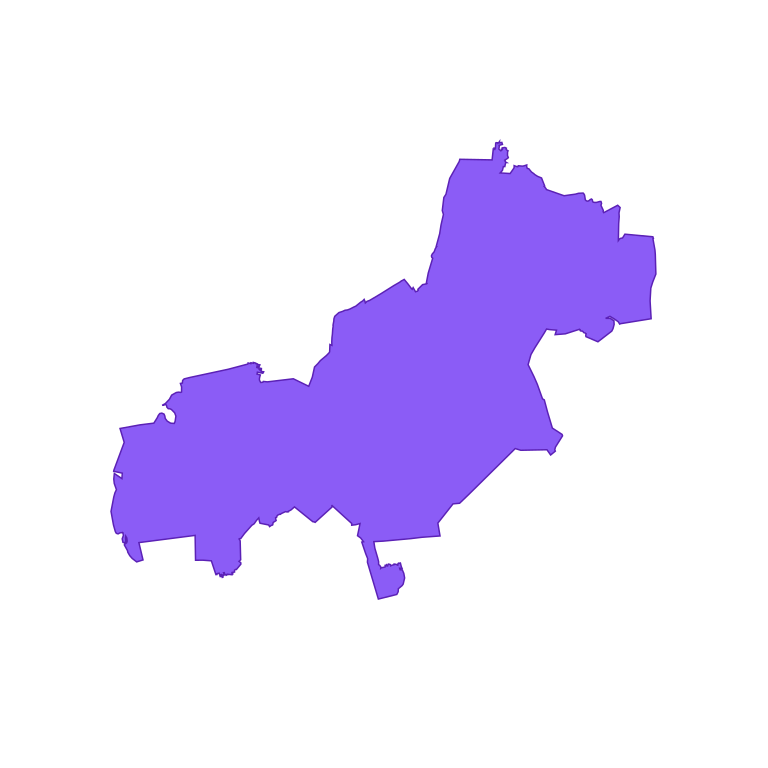 the district of Berriozábal, Chiapas, Mexico, rotated 256°
{"feature_id": "50627088B17025191151258", "entity_name": "Berriozábal", "entity_type": "district", "adm_level": 2, "iso_a3": "MEX", "parent_name": "Mexico", "parent_adm1": "Chiapas", "projection": "albers", "projection_center": [-93.318, 16.872], "detail": "fine", "context": "isolated", "style": "filled", "palette": "violet", "viewbox_px": 768, "rotation_deg": 256, "n_neighbors": 0, "source": "geoboundaries", "source_scale": "gbopen_adm2", "svg_char_len": 6111}
<svg xmlns="http://www.w3.org/2000/svg" viewBox="0 0 768 768"><g transform="rotate(256 384 384)"><path d="M583.7,511.9L581.8,510.9L567.6,497.5L553.1,490.0L550.5,487.2L538.2,482.5L534.2,482.7L524.5,477.8L516.4,474.4L504.8,467.9L504.6,468.3L503.0,466.6L500.2,464.7L498.4,462.2L496.8,461.0L495.4,461.0L494.3,461.7L481.0,453.8L471.3,449.3L471.1,449.9L470.9,449.7L471.1,445.5L467.7,439.8L466.7,439.9L466.0,438.9L465.9,436.9L470.5,435.6L469.1,434.3L470.2,433.6L475.4,431.4L480.6,428.9L479.8,426.1L479.9,425.9L479.0,423.9L477.2,417.6L472.4,403.0L468.6,390.3L468.3,387.5L467.2,385.5L469.1,385.5L470.9,385.2L469.7,383.4L469.0,381.1L466.3,375.3L466.1,373.8L465.0,369.1L464.7,366.4L465.0,364.0L464.5,361.5L464.2,357.5L463.4,356.0L461.6,352.6L459.4,351.2L457.2,350.5L453.3,348.7L452.8,348.8L449.6,347.5L444.9,346.0L441.8,344.8L437.5,343.5L434.1,342.8L435.4,341.1L428.6,339.1L427.8,338.6L425.6,335.1L422.1,327.9L419.8,324.8L417.3,320.7L408.0,316.1L400.0,310.4L411.0,297.3L414.3,271.3L415.7,267.5L415.0,266.9L415.3,264.7L417.8,264.1L419.0,264.3L420.6,265.0L422.7,266.2L424.3,263.2L426.1,264.0L423.8,268.9L424.0,269.5L425.0,270.2L425.8,268.1L428.0,266.8L427.4,268.4L428.7,268.8L430.8,264.6L432.2,265.2L431.2,267.1L432.6,268.2L433.8,265.7L434.3,265.8L434.9,264.5L435.3,264.6L436.5,262.5L435.7,262.3L436.8,260.0L436.0,259.7L437.3,257.2L436.3,256.7L436.0,236.4L437.3,197.3L437.3,191.3L436.2,189.5L433.7,188.6L433.8,186.6L430.1,186.9L425.2,185.6L425.0,184.8L425.8,182.7L426.0,180.4L424.6,175.3L421.1,172.1L417.9,167.1L417.0,163.6L416.7,165.1L417.0,166.4L416.7,167.4L415.6,167.8L414.1,167.7L412.2,168.7L411.7,170.4L410.6,171.6L406.7,173.9L403.2,174.3L398.3,172.3L396.5,170.9L397.6,167.5L400.4,164.7L403.5,163.4L405.9,163.6L408.0,163.3L409.5,161.4L409.6,159.3L408.1,157.4L406.2,155.9L401.7,151.2L403.4,137.3L404.7,117.1L390.2,117.8L365.8,101.1L364.7,100.6L360.8,108.5L355.6,106.8L362.4,100.7L357.1,98.8L352.7,98.2L346.2,98.8L343.5,96.6L339.8,94.5L326.4,88.3L312.7,87.4L306.0,87.6L304.2,88.0L303.4,88.8L302.9,89.8L303.4,91.7L303.3,93.3L303.0,93.9L303.2,94.4L302.9,94.7L300.1,94.5L297.1,92.5L293.5,92.4L293.0,93.1L292.9,94.3L293.6,95.3L297.7,96.1L298.9,96.6L296.8,97.2L293.6,96.8L292.1,95.8L291.8,95.0L292.1,95.2L291.7,94.7L291.5,93.7L290.7,93.1L284.3,94.8L282.7,94.7L278.9,95.8L275.6,97.5L271.2,101.0L271.6,107.6L289.4,107.8L282.8,164.1L258.6,158.5L256.8,165.8L254.2,173.7L239.7,174.8L239.6,175.7L240.4,175.6L240.3,178.3L236.8,178.5L236.6,179.4L238.5,179.2L238.5,180.1L235.5,180.3L235.7,181.2L237.8,181.0L237.4,181.8L237.6,181.8L237.4,182.7L239.7,182.6L239.6,183.4L237.3,183.6L237.2,184.5L236.6,184.6L236.8,185.4L237.1,185.5L236.9,186.3L237.2,186.3L235.7,190.4L236.2,190.6L236.2,191.3L237.3,191.5L237.4,190.8L237.9,190.9L237.7,193.5L239.5,193.9L240.0,195.4L239.7,195.9L243.8,201.5L245.2,201.8L247.0,200.4L248.1,202.4L266.6,206.5L268.7,205.9L268.9,206.3L268.7,207.6L272.7,212.5L278.9,221.6L279.8,224.2L282.5,227.3L284.4,230.1L280.7,229.9L278.9,230.0L275.1,238.0L273.3,238.5L274.1,240.5L274.1,241.6L274.3,242.0L275.8,242.6L276.5,243.1L277.5,246.1L277.8,246.4L278.8,246.2L280.6,246.5L280.6,247.5L282.0,248.4L282.5,249.2L282.7,250.4L282.9,250.9L282.6,252.0L283.1,252.9L284.0,257.5L283.3,259.0L283.2,259.8L283.4,259.7L284.3,263.3L286.4,267.4L267.6,281.6L267.1,282.9L266.4,283.7L277.2,303.8L278.6,304.0L279.2,303.8L256.5,318.9L254.8,318.5L254.3,322.6L254.4,327.0L243.2,321.6L240.4,324.0L235.9,326.0L236.0,324.2L223.7,325.2L218.5,325.9L215.1,324.8L176.7,326.5L176.7,345.5L179.0,347.5L181.9,348.4L184.0,352.8L185.2,354.2L190.8,357.1L195.5,357.4L199.2,356.8L199.9,354.7L201.5,354.6L200.8,356.9L202.7,356.6L206.3,356.6L206.2,355.8L206.7,355.2L206.5,354.4L205.8,354.0L205.8,353.7L204.9,353.5L206.2,351.9L206.9,350.2L206.5,350.0L206.3,350.2L206.2,347.4L205.9,346.6L207.3,346.4L208.1,345.1L208.2,344.7L207.4,343.9L206.6,343.5L207.0,342.4L208.0,342.6L207.6,341.5L207.7,341.2L206.3,340.9L206.2,340.2L206.3,336.7L206.0,336.2L207.4,336.6L209.1,335.9L210.1,335.1L212.9,335.8L216.6,335.8L226.9,335.4L233.5,336.0L231.7,345.4L227.5,372.5L226.1,383.7L223.0,401.6L236.0,402.6L251.0,422.0L250.0,428.5L256.2,439.3L289.6,495.7L286.6,500.7L280.8,526.2L274.8,528.5L277.4,534.0L278.9,533.8L281.3,535.1L290.5,544.7L292.0,544.6L300.5,536.7L317.4,535.9L329.8,535.7L331.3,534.2L346.6,532.7L354.9,531.3L367.9,528.5L377.0,533.7L382.6,539.1L394.8,551.9L398.0,555.0L396.7,557.9L394.5,564.4L390.5,562.0L388.8,572.1L389.8,587.0L389.1,587.5L388.5,587.2L388.0,587.5L387.2,589.4L386.8,589.7L385.5,590.3L384.9,591.4L383.8,592.3L382.7,591.6L381.1,591.4L373.2,601.8L380.2,617.8L382.3,619.6L386.1,621.7L389.7,622.4L392.9,619.4L394.1,614.9L395.0,619.6L391.5,623.1L387.8,626.3L385.1,627.2L385.3,628.2L385.1,630.5L382.7,659.0L400.3,662.3L412.5,666.1L417.9,669.4L424.9,674.4L444.1,678.6L448.3,679.3L459.9,680.1L460.0,680.6L461.8,680.5L471.1,654.0L468.0,650.8L468.1,648.8L467.8,647.7L466.5,646.1L482.8,650.5L489.4,652.7L493.1,653.4L498.1,655.8L500.9,654.0L497.1,638.7L498.1,638.3L499.4,638.8L504.5,637.8L505.2,637.9L506.6,638.8L508.6,638.7L508.9,637.8L508.8,634.0L509.2,632.4L509.7,631.2L510.2,630.7L511.1,630.6L512.3,630.7L513.3,630.1L513.1,628.8L512.3,627.2L512.1,626.0L512.7,624.7L514.0,623.9L518.7,624.3L520.0,624.0L521.1,623.4L522.0,618.8L521.9,615.8L523.1,604.3L533.4,588.6L534.3,588.5L537.0,587.2L537.2,587.8L545.8,586.7L548.3,583.3L551.0,580.7L551.7,580.4L554.0,578.4L557.8,576.6L558.5,575.2L560.4,575.0L562.0,575.5L561.8,572.7L561.9,571.0L563.3,567.1L562.5,566.4L563.0,565.1L564.4,563.1L562.7,562.7L561.9,562.1L557.7,557.3L560.7,547.8L562.6,550.6L566.1,552.4L565.7,553.8L569.4,555.6L569.2,556.5L569.9,555.8L570.7,555.4L571.6,555.7L572.0,555.4L573.1,558.7L573.6,559.4L575.9,559.1L579.5,560.1L580.2,560.8L581.4,559.7L582.2,559.3L582.5,559.3L583.2,559.8L584.3,558.5L584.5,555.9L583.6,555.9L583.5,554.9L583.0,555.0L583.1,555.3L582.8,555.4L582.0,553.8L584.3,552.3L586.7,553.4L587.7,553.4L587.8,556.9L589.9,556.8L590.1,554.3L591.3,554.7L590.6,553.9L590.2,552.9L590.5,553.0L591.0,551.2L590.8,550.7L586.0,549.2L586.1,548.9L585.0,548.4L585.4,547.9L586.0,548.0L586.2,547.8L585.0,547.2L585.4,546.8L575.3,543.1L583.7,511.9Z" fill="#8b5cf6" stroke="#5b21b6" stroke-width="1.5"/></g></svg>